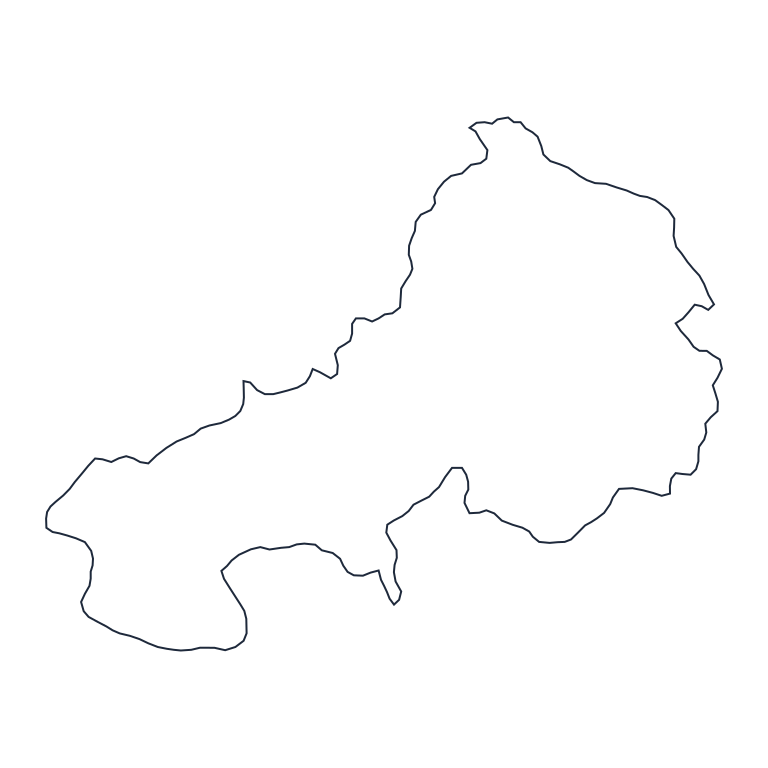 Guimarânia, Minas Gerais, Brazil, rotated 270°
{"feature_id": "56859067B18916788742052", "entity_name": "Guimarânia", "entity_type": "district", "adm_level": 2, "iso_a3": "BRA", "parent_name": "Brazil", "parent_adm1": "Minas Gerais", "projection": "orthographic", "projection_center": [-46.761, -18.797], "detail": "fine", "context": "isolated", "style": "outline", "palette": "slate", "viewbox_px": 768, "rotation_deg": 270, "n_neighbors": 0, "source": "geoboundaries", "source_scale": "gbopen_adm2", "svg_char_len": 3451}
<svg xmlns="http://www.w3.org/2000/svg" viewBox="0 0 768 768"><g transform="rotate(270 384 384)"><path d="M117.8,225.2L121.0,235.4L127.2,243.6L134.7,246.6L149.2,246.3L157.1,244.3L163.7,240.3L170.5,235.9L179.5,230.1L189.2,224.0L197.1,221.4L202.0,227.0L207.5,231.6L213.2,238.9L218.7,250.9L220.9,260.3L218.5,269.5L220.2,281.1L220.9,289.2L223.6,296.7L224.4,304.3L223.3,315.3L217.7,321.8L215.0,332.7L209.2,340.1L202.3,343.3L196.1,347.6L192.7,353.8L192.3,362.9L195.4,370.6L197.5,378.6L188.2,381.0L182.3,384.0L175.9,387.0L169.3,389.6L163.4,394.0L168.2,399.1L176.5,401.2L186.5,395.6L195.8,393.9L203.1,394.6L210.2,396.8L217.9,396.5L227.5,390.5L235.4,386.3L243.3,387.3L247.5,393.8L251.9,402.3L257.0,408.7L263.3,413.5L267.4,421.4L271.3,429.2L276.4,433.9L280.9,439.0L290.9,445.1L300.1,452.0L300.1,462.0L293.3,466.2L286.3,468.1L278.4,468.3L272.2,465.2L265.1,464.5L254.8,469.5L255.3,479.3L257.7,486.3L254.6,494.3L247.4,501.8L243.2,512.7L240.3,522.4L236.5,529.2L231.3,532.8L226.1,539.1L225.1,549.6L225.8,557.5L226.1,564.7L228.5,571.0L235.3,577.9L242.6,585.1L245.8,591.0L249.6,596.9L255.1,604.1L263.9,610.2L270.5,612.9L279.1,619.0L279.8,632.5L277.7,643.1L275.1,652.9L272.2,661.7L274.4,670.0L281.9,669.9L289.4,671.3L294.9,675.7L294.0,682.4L293.3,690.6L298.8,696.1L306.7,698.4L313.1,698.4L321.2,699.0L328.4,704.2L335.5,706.3L344.3,705.3L350.7,710.7L356.9,717.5L366.2,717.9L374.6,715.4L382.7,712.8L390.2,717.5L399.2,721.9L408.5,719.8L412.6,712.9L417.1,706.8L417.2,699.4L421.2,693.6L428.5,688.5L437.0,680.8L444.7,675.7L449.2,682.7L455.7,688.5L463.3,694.7L461.8,701.7L458.1,708.2L463.6,714.0L473.0,708.5L484.0,704.1L492.4,699.4L499.0,693.3L506.0,687.5L514.5,681.6L521.1,676.2L532.1,673.6L540.3,674.1L549.3,674.3L557.9,668.5L563.1,661.7L567.9,655.1L571.0,647.1L572.1,639.9L574.4,633.7L577.5,626.7L580.6,616.5L584.2,606.0L584.9,595.0L587.9,586.8L592.1,579.5L596.5,573.6L600.3,568.2L603.7,559.8L606.9,550.3L613.5,543.4L621.9,541.3L631.3,537.6L635.7,532.5L639.6,525.6L645.8,520.6L645.8,513.9L650.5,508.1L648.6,497.4L644.3,492.1L645.8,484.6L645.2,476.5L640.2,469.6L636.6,475.5L628.9,479.8L617.9,487.4L609.3,486.3L604.9,480.5L603.2,471.0L594.6,462.0L592.1,451.1L586.3,444.0L578.8,437.9L571.1,434.2L564.8,435.1L558.1,431.0L553.3,420.8L546.1,415.7L537.1,414.9L529.8,411.7L522.3,409.1L513.2,408.8L506.5,411.2L499.2,412.4L493.3,410.0L486.8,405.6L479.5,401.2L470.7,400.7L460.6,400.0L454.7,392.4L453.6,384.7L449.6,378.6L446.5,372.1L449.6,364.4L449.6,355.9L444.1,352.1L434.4,352.1L427.2,350.1L423.4,344.5L419.9,338.5L414.2,335.0L402.8,337.8L394.0,337.1L389.7,330.8L395.8,319.9L399.0,312.7L391.8,309.9L385.2,305.7L380.4,297.4L377.5,287.6L375.5,280.0L373.9,273.4L373.9,264.8L377.9,257.1L385.5,250.2L386.9,243.5L380.0,243.7L370.3,243.9L363.9,243.2L357.0,240.3L352.0,235.3L348.4,229.1L344.9,220.7L342.5,209.4L339.4,200.7L333.9,194.1L330.2,185.7L326.5,176.6L320.1,166.4L312.6,156.6L304.6,148.3L305.9,140.2L309.5,133.7L311.8,126.2L309.7,118.8L306.0,111.3L308.7,102.5L309.5,95.1L302.1,88.2L294.3,81.8L286.0,74.8L279.1,69.7L272.5,63.2L266.0,55.4L261.5,50.5L256.0,47.1L249.4,46.1L240.2,46.4L236.0,52.6L234.7,59.3L232.5,67.2L229.7,76.0L225.9,84.9L217.1,91.2L209.4,93.0L202.6,92.6L196.4,90.7L189.4,90.7L182.2,89.5L174.2,84.9L166.0,81.1L156.8,83.7L151.1,88.6L146.0,97.9L141.5,106.5L137.7,112.6L134.6,119.7L132.2,129.8L128.9,139.5L124.7,148.3L121.0,157.8L119.2,166.9L118.2,173.8L117.5,180.8L118.2,191.3L120.3,200.1L120.2,214.5L117.8,225.2Z" fill="none" stroke="#1e293b" stroke-width="2"/></g></svg>